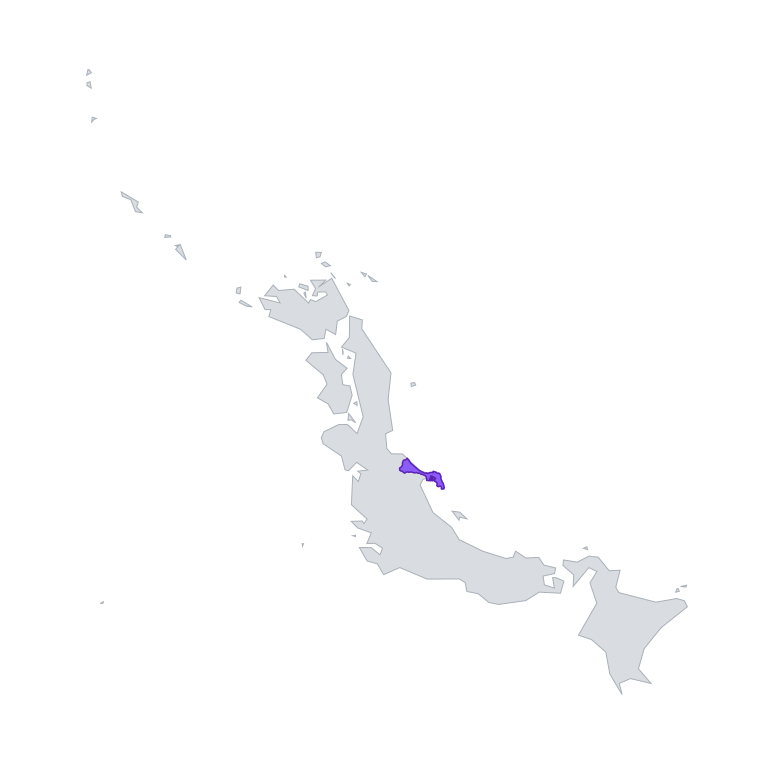 where Ishikawa sits in Japan, rotated 94°
{"feature_id": "JPN-1842", "entity_name": "Ishikawa", "entity_type": "Prefecture", "adm_level": 1, "iso_a3": "JPN", "parent_name": "Japan", "parent_adm1": "", "projection": "albers", "projection_center": [136.851, 36.797], "detail": "fine", "context": "in_parent", "style": "filled", "palette": "violet", "viewbox_px": 768, "rotation_deg": 94, "n_neighbors": 0, "source": "natural_earth", "source_scale": "10m", "svg_char_len": 6438}
<svg xmlns="http://www.w3.org/2000/svg" viewBox="0 0 768 768"><g transform="rotate(94 384 384)"><path d="M568.1,190.8L580.4,193.3L580.8,214.6L590.2,227.6L595.9,254.2L594.6,264.2L586.6,275.5L585.2,286.8L576.5,289.2L573.2,295.3L575.6,327.5L566.0,355.5L574.2,371.0L563.9,378.1L561.7,388.5L548.9,397.2L548.1,385.3L554.7,376.1L547.9,374.0L543.5,381.9L544.4,390.0L533.4,386.3L529.5,400.1L523.3,407.1L522.2,396.0L524.7,394.4L520.0,391.4L506.7,408.1L477.7,408.8L483.1,402.8L475.1,400.9L472.8,404.1L471.0,394.2L464.1,405.8L473.0,413.4L472.3,416.9L458.8,421.4L447.9,440.5L442.1,442.8L435.8,440.6L427.6,426.3L427.0,417.6L435.3,407.4L418.1,402.5L376.5,415.7L355.2,414.0L350.1,429.0L340.0,421.8L318.6,423.0L321.6,410.1L330.6,410.0L372.4,377.8L399.3,378.8L429.7,372.1L433.5,379.0L448.2,376.7L453.1,371.7L452.5,360.8L468.4,341.4L472.1,321.4L483.9,317.0L473.5,329.6L476.4,338.4L482.1,341.0L508.8,326.2L522.4,306.4L534.0,298.2L544.0,273.5L549.6,250.1L547.7,243.0L541.6,241.1L547.7,230.3L546.2,217.5L553.5,211.9L555.5,199.9L561.2,200.7L564.5,211.9L573.2,210.0L575.7,199.8L565.4,202.3L565.3,198.7L568.1,190.8ZM629.8,106.0L650.4,110.3L664.1,96.7L660.7,117.7L666.3,128.4L677.2,124.8L657.5,138.5L636.0,144.0L624.5,159.2L621.0,172.5L587.8,156.4L568.1,164.7L556.1,158.5L552.9,166.8L572.7,181.2L561.2,181.4L552.5,192.9L547.0,192.6L548.2,178.8L541.5,167.7L541.8,158.3L554.6,146.3L553.3,135.5L570.5,138.6L575.7,135.3L582.7,97.6L577.6,77.1L579.2,69.4L585.0,65.8L607.6,90.4L629.8,106.0ZM324.5,435.0L338.1,435.7L333.4,445.7L342.7,446.8L344.9,458.6L335.2,471.1L324.8,503.5L317.7,502.1L318.1,507.8L306.6,514.6L310.4,493.3L304.2,497.3L304.3,509.3L293.0,501.4L298.1,495.7L295.7,480.3L308.6,464.7L304.9,463.3L306.6,457.9L299.2,446.6L296.2,448.7L296.9,456.6L300.9,456.9L300.9,461.6L293.5,458.9L285.6,464.6L284.4,449.2L292.1,456.3L282.2,443.5L313.2,424.1L319.2,426.2L324.5,435.0ZM397.4,415.0L415.0,419.2L417.4,432.0L407.8,438.3L402.4,449.5L388.3,440.8L379.1,445.2L365.8,463.6L357.9,458.1L356.4,442.0L346.4,444.4L362.8,434.2L370.9,421.9L377.4,427.2L387.6,425.0L388.3,417.9L397.4,415.0ZM229.4,644.0L217.8,649.4L215.1,658.1L210.7,659.5L219.6,641.8L224.9,643.1L230.0,637.0L229.4,644.0ZM514.6,299.7L506.1,307.2L506.6,299.4L512.7,291.9L511.6,299.4L514.6,299.7ZM274.1,589.9L264.2,601.3L258.9,597.1L274.1,589.9ZM293.1,475.8L289.9,475.1L291.8,466.6L296.0,466.3L293.1,475.8ZM422.7,417.5L415.9,417.1L424.7,409.5L422.1,414.0L422.7,417.5ZM303.4,537.8L298.6,537.4L297.3,533.5L304.2,533.9L303.4,537.8ZM282.6,402.8L276.8,407.7L282.3,398.2L282.6,402.8ZM312.8,534.2L310.4,532.6L316.3,521.0L315.9,526.7L312.8,534.2ZM257.1,455.7L261.6,456.7L262.8,460.3L257.4,461.3L257.1,455.7ZM278.4,410.5L274.2,414.5L275.4,409.1L278.4,410.5ZM96.7,702.2L90.8,701.2L90.9,700.3L93.9,697.7L96.7,702.2ZM384.6,356.6L381.2,357.2L380.5,353.6L382.8,352.3L384.6,356.6ZM268.1,454.8L266.3,451.2L269.7,445.8L271.2,450.3L268.1,454.8ZM109.3,696.7L107.0,701.2L104.1,701.2L103.0,698.3L109.3,696.7ZM253.0,613.0L250.3,612.5L250.9,607.3L252.2,607.0L253.0,613.0ZM571.3,78.5L567.9,77.6L567.6,76.0L570.2,75.0L571.3,78.5ZM303.7,467.6L299.0,470.3L297.8,468.8L303.7,467.6ZM534.0,173.6L532.2,170.4L535.1,169.2L534.0,173.6ZM351.8,428.0L354.6,427.0L358.0,427.0L351.8,428.0ZM565.5,68.6L565.3,74.1L563.6,68.1L565.5,68.6ZM280.4,441.9L276.6,445.0L282.2,439.6L280.4,441.9ZM143.2,693.9L138.2,693.6L139.1,689.4L140.3,691.7L143.2,693.9ZM288.7,425.5L285.8,428.1L287.2,424.5L288.7,425.5ZM407.3,409.4L405.3,412.9L403.5,409.8L407.3,409.4ZM261.3,599.5L260.4,601.8L259.6,598.9L261.3,599.5ZM538.3,401.9L537.5,404.6L536.9,401.9L538.3,401.9ZM284.3,490.4L282.0,490.9L284.3,489.0L284.3,490.4ZM360.9,419.1L360.9,422.1L358.6,421.6L360.9,419.1ZM551.5,454.0L548.9,454.5L548.9,453.1L551.5,454.0ZM622.3,649.0L622.7,651.9L620.8,648.7L622.3,649.0Z" fill="#d9dde1" stroke="#a8b0b8" stroke-width="1"/><path d="M456.5,355.6L457.8,354.4L458.3,353.7L459.6,353.1L460.5,352.3L461.7,351.0L467.0,343.9L468.2,341.7L470.0,337.4L470.1,336.8L470.1,336.0L469.9,335.8L469.7,335.6L469.8,335.3L470.0,334.8L470.2,333.9L470.0,333.3L469.5,332.9L469.3,331.8L469.0,331.6L468.9,330.9L469.1,329.4L469.0,328.9L468.7,328.6L468.4,328.7L468.4,329.1L467.9,329.0L467.7,328.6L467.8,327.8L468.0,327.1L468.2,326.6L468.6,326.2L468.4,325.8L468.8,325.5L469.1,324.9L469.3,324.4L469.1,324.0L469.0,323.2L469.7,322.1L470.6,321.6L472.0,320.8L473.0,320.6L473.5,320.9L474.3,320.8L477.0,319.3L477.7,319.2L478.2,318.6L478.8,318.1L482.3,316.9L483.3,316.7L484.4,317.1L484.6,317.5L484.4,318.1L484.5,318.5L484.8,318.7L484.8,319.1L484.6,319.4L484.0,319.6L483.6,319.6L483.1,319.5L482.6,319.7L482.2,319.9L482.0,320.4L481.8,321.4L482.1,322.1L482.6,322.2L482.5,322.7L482.5,323.1L482.3,323.5L481.8,323.9L481.7,324.2L481.1,324.2L480.1,323.9L478.6,324.5L478.3,325.2L477.7,325.9L477.7,326.5L477.3,326.8L476.8,326.9L476.6,327.3L476.3,327.5L475.5,327.2L475.0,326.8L474.6,326.5L474.9,326.2L474.7,326.0L474.5,326.3L474.2,326.4L474.1,326.7L473.9,327.1L473.3,327.9L473.0,328.8L473.4,329.0L473.3,329.7L473.2,329.9L472.7,329.9L472.7,330.5L472.5,330.9L472.8,331.1L473.3,331.0L473.8,330.7L474.3,330.8L475.0,331.7L475.5,331.9L476.1,331.6L476.6,330.3L476.9,330.1L477.1,330.2L477.3,330.8L477.2,332.6L477.3,334.4L477.1,334.7L476.2,334.8L475.7,334.8L475.4,334.8L474.7,335.2L474.4,335.3L474.1,335.3L473.8,335.3L473.6,335.4L473.3,335.6L472.8,336.4L472.5,336.8L471.8,338.6L471.6,339.2L471.6,339.9L471.3,341.0L471.1,341.4L470.6,341.8L470.4,342.1L470.4,342.5L470.5,342.8L470.6,343.2L470.7,343.5L470.6,343.8L470.2,345.1L470.2,345.7L470.3,346.2L470.5,347.2L470.5,347.6L470.4,348.2L470.3,348.5L470.2,349.0L469.9,350.8L469.9,351.5L470.0,352.0L470.2,352.3L470.3,352.8L470.3,353.3L470.1,354.1L470.1,354.5L470.3,355.4L470.6,356.0L470.7,356.3L471.3,356.8L471.4,357.2L471.3,357.7L470.0,359.5L469.8,359.9L469.6,361.2L469.0,362.2L467.3,362.6L466.8,362.5L466.5,362.2L465.6,361.2L465.1,360.7L464.2,360.2L463.3,360.0L462.4,359.9L462.1,360.0L461.8,360.1L461.3,360.1L460.3,359.7L459.8,359.5L459.2,359.5L458.9,359.3L458.7,359.1L458.5,358.8L458.4,358.4L458.2,357.5L458.1,357.1L458.0,356.9L457.9,356.7L456.9,356.1L456.5,355.6ZM477.1,328.6L477.1,328.8L477.1,329.0L477.1,329.3L476.9,329.6L476.5,329.7L476.0,329.8L475.6,329.9L475.3,330.1L475.0,330.1L474.6,330.3L474.3,329.9L473.8,329.3L473.6,328.8L473.7,328.6L473.9,328.7L474.0,328.9L474.2,329.0L474.3,328.9L474.5,328.8L474.9,328.7L475.1,328.6L475.3,328.5L475.5,328.6L475.7,328.8L475.9,329.0L476.2,328.9L476.4,328.8L476.6,328.5L477.0,328.3L477.1,328.6Z" fill="#8b5cf6" stroke="#5b21b6" stroke-width="1.5"/></g></svg>